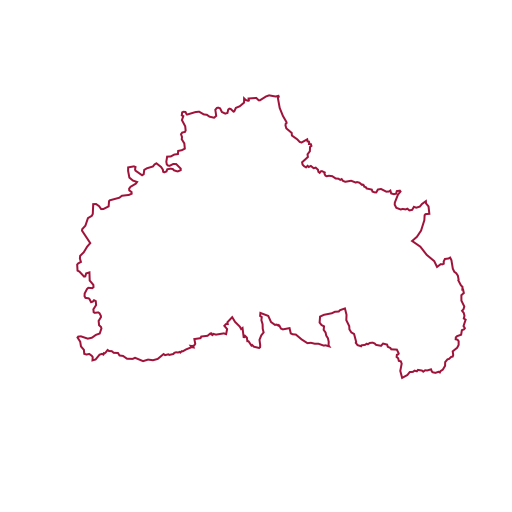 Totatiche, Jalisco, Mexico, rotated 256°
{"feature_id": "50627088B28012319931887", "entity_name": "Totatiche", "entity_type": "district", "adm_level": 2, "iso_a3": "MEX", "parent_name": "Mexico", "parent_adm1": "Jalisco", "projection": "orthographic", "projection_center": [-103.496, 21.965], "detail": "fine", "context": "isolated", "style": "outline", "palette": "rose", "viewbox_px": 512, "rotation_deg": 256, "n_neighbors": 0, "source": "geoboundaries", "source_scale": "gbopen_adm2", "svg_char_len": 6088}
<svg xmlns="http://www.w3.org/2000/svg" viewBox="0 0 512 512"><g transform="rotate(256 256 256)"><path d="M290.9,80.4L285.0,79.3L283.6,80.9L277.6,84.2L277.5,85.4L280.2,87.0L280.4,90.4L272.4,88.7L267.4,91.2L265.1,90.8L264.4,89.4L265.7,85.6L265.0,84.2L261.1,80.7L258.5,79.9L256.6,80.4L255.4,83.4L254.5,84.0L251.1,84.8L251.2,86.6L252.3,88.1L251.0,89.6L247.1,89.0L243.6,85.3L240.7,84.9L239.9,85.7L239.4,89.3L238.3,90.3L235.5,91.0L234.2,90.8L231.1,87.6L226.8,87.0L224.7,88.4L223.1,88.5L218.6,85.6L218.2,81.6L216.4,77.0L216.5,72.8L220.4,66.7L220.8,64.0L220.1,63.1L215.4,64.7L210.6,64.3L206.6,66.3L202.6,65.7L201.4,67.7L201.3,70.5L198.9,72.5L197.4,73.1L194.3,72.1L194.4,75.3L198.1,80.3L198.3,82.9L197.3,84.0L198.5,84.9L198.1,85.4L198.7,86.7L200.7,89.3L199.3,90.4L198.6,93.0L196.5,94.5L195.3,98.6L192.5,99.5L191.2,102.8L187.5,106.0L186.0,111.5L186.5,114.0L181.3,121.0L181.6,126.2L179.8,130.8L179.9,135.7L183.2,142.6L181.8,143.8L181.8,147.2L181.0,147.9L180.9,152.2L181.8,153.3L181.9,155.2L181.2,157.0L181.4,158.7L180.6,159.2L181.6,160.9L181.2,161.8L182.3,165.7L183.1,171.5L182.4,173.3L183.6,173.1L183.7,171.2L184.6,170.9L184.0,172.4L184.2,174.5L185.5,175.8L190.3,176.1L189.7,182.3L191.1,183.4L190.3,189.7L191.9,193.0L191.8,193.8L190.7,193.7L189.8,194.7L190.8,195.7L189.4,198.1L188.7,206.1L187.4,208.1L192.1,210.3L195.9,208.4L197.2,210.3L196.8,212.1L198.6,212.2L202.4,218.1L197.2,219.7L191.4,223.2L188.7,223.9L189.4,225.5L180.3,224.4L180.0,225.2L181.1,226.1L179.0,227.4L175.4,227.0L175.1,228.1L170.2,229.9L170.6,230.7L168.5,232.0L166.0,236.8L166.5,237.9L168.5,238.5L173.8,239.1L177.7,241.9L180.0,244.9L183.7,244.9L188.3,245.9L192.4,245.7L195.4,246.8L196.8,245.5L199.7,246.5L194.9,253.4L188.3,254.6L184.5,257.8L184.6,259.0L182.9,261.0L183.5,261.2L183.0,261.8L179.6,262.6L178.3,264.3L177.9,271.1L172.5,271.0L171.2,272.6L170.1,275.7L164.0,280.1L159.0,284.8L158.5,288.3L156.7,291.7L155.8,295.3L152.7,300.0L152.5,301.9L150.6,305.2L151.8,304.8L155.2,305.8L158.8,305.9L161.8,304.9L164.9,305.0L168.0,303.8L171.3,305.0L173.1,302.9L176.0,301.6L181.7,303.5L182.5,307.6L182.1,315.8L182.8,319.0L182.1,322.9L183.1,324.4L183.6,329.6L177.0,329.6L171.9,328.1L165.4,329.5L162.2,328.9L158.8,330.0L156.6,332.3L148.3,332.4L147.6,331.8L144.9,333.0L143.0,336.2L143.8,336.8L143.4,340.3L144.1,342.2L143.3,343.2L144.1,345.4L143.7,348.2L142.4,350.0L140.7,351.0L138.6,355.6L140.3,358.1L138.3,361.8L136.0,361.9L134.3,364.1L132.7,364.7L131.1,370.0L127.0,370.9L126.2,370.3L126.1,368.8L124.0,368.0L122.4,369.2L119.7,369.2L118.8,371.0L116.3,371.3L109.6,368.2L102.4,368.3L103.9,374.1L106.2,377.1L105.6,380.2L106.4,382.1L105.2,384.2L106.3,385.6L104.7,389.3L103.3,390.3L104.2,392.5L103.5,394.4L103.7,398.4L101.3,398.7L100.3,399.5L99.2,401.9L99.5,405.1L98.5,406.2L99.7,407.2L100.5,409.7L103.7,412.9L107.3,413.9L109.4,416.8L109.4,418.3L110.9,421.0L110.8,422.5L112.2,423.4L115.9,423.8L118.3,429.0L120.7,431.1L124.3,432.0L126.0,431.3L126.9,429.6L128.7,430.2L129.6,431.7L130.0,436.0L134.2,437.8L134.5,440.1L135.4,441.2L137.8,440.4L143.5,444.0L145.1,442.5L147.5,443.8L150.5,443.8L153.0,442.7L154.2,444.5L156.6,445.9L163.0,444.5L168.3,445.8L169.8,448.7L173.4,448.8L173.5,448.1L176.0,448.9L178.1,447.7L183.5,446.4L184.2,446.9L188.1,447.1L190.9,446.1L192.7,444.6L196.0,443.9L204.7,444.6L207.5,444.0L207.0,442.2L207.4,438.6L205.3,436.8L203.1,436.3L202.8,434.8L203.4,433.3L201.6,429.0L207.9,427.7L215.8,421.9L225.3,417.7L232.8,411.1L235.7,416.8L240.7,422.3L250.0,428.0L254.8,429.5L255.6,430.6L255.0,434.4L262.4,435.4L265.9,433.7L268.1,434.1L266.3,429.6L264.3,426.9L264.1,423.2L265.5,421.1L263.0,418.7L263.1,415.9L265.3,414.3L265.0,412.5L266.2,409.6L266.1,407.7L268.8,403.8L272.2,403.0L274.2,403.6L281.2,408.6L283.6,411.8L284.6,411.4L284.9,408.3L282.6,407.1L282.6,404.8L284.0,402.3L287.0,402.2L286.4,400.5L286.9,398.0L290.8,393.5L291.0,390.3L288.6,388.1L289.0,386.6L290.3,384.6L292.4,384.4L294.8,379.6L296.1,379.3L297.1,377.8L298.5,377.7L299.5,376.9L299.3,376.1L302.1,374.1L303.3,371.9L303.1,370.6L306.0,366.5L306.4,360.6L307.8,358.6L309.9,357.7L309.5,356.2L311.1,354.6L311.9,352.1L315.0,349.3L316.2,346.2L316.3,343.8L317.2,342.8L319.3,342.3L320.4,342.9L322.4,340.5L322.5,339.5L321.3,337.9L322.6,336.9L324.7,337.0L327.3,335.3L327.2,333.2L330.1,331.0L329.6,328.7L331.0,327.9L329.9,326.0L331.6,324.3L333.4,323.3L335.8,323.4L339.5,330.3L342.2,330.6L344.6,333.6L348.7,334.8L349.4,336.4L351.2,336.3L351.8,334.5L353.4,335.1L354.2,335.0L354.7,333.7L356.8,333.9L355.1,327.6L356.1,326.0L359.3,324.2L364.2,320.0L366.8,320.4L372.5,316.3L375.6,316.2L377.1,316.8L377.7,317.9L378.8,317.9L385.4,316.0L393.9,314.8L404.6,315.5L405.0,316.6L406.0,316.5L406.0,313.6L408.7,307.6L408.4,304.4L406.1,297.4L406.4,296.3L409.3,294.5L410.6,286.9L408.6,286.7L408.5,285.9L409.8,283.8L411.8,282.6L407.7,281.5L405.2,276.4L404.6,272.3L401.6,269.9L401.5,269.1L404.8,267.0L405.4,265.8L404.8,264.5L401.7,262.9L401.6,260.6L404.0,257.7L407.9,256.9L409.1,255.2L409.1,253.8L407.7,251.9L401.6,251.3L400.3,248.8L402.5,244.5L404.9,242.5L406.0,239.6L409.8,235.7L410.3,232.1L409.9,223.6L410.1,223.0L412.8,222.4L413.5,220.4L413.2,219.1L410.4,218.0L409.3,219.3L405.8,217.0L399.0,218.7L394.8,218.1L393.6,217.1L393.6,214.2L392.3,212.7L389.4,213.0L387.2,212.2L382.6,213.7L377.4,212.9L376.6,209.6L376.8,205.9L373.8,204.9L374.2,201.2L373.2,197.4L373.9,193.8L369.2,191.8L366.5,191.6L365.1,192.4L364.4,193.9L365.3,198.0L364.5,200.8L359.0,204.1L357.5,203.7L357.0,200.6L357.4,199.7L359.0,197.1L360.5,196.3L361.4,194.3L361.6,190.9L359.7,189.6L359.4,187.2L360.2,186.3L362.4,186.5L365.4,185.4L370.0,181.8L369.4,179.7L367.8,177.7L367.5,171.4L366.6,168.4L362.5,166.8L361.9,165.0L368.0,159.7L369.3,159.6L371.5,160.6L372.5,159.2L372.9,153.4L369.6,152.5L362.7,152.1L359.0,154.8L356.6,158.5L355.3,157.0L353.5,151.0L352.0,149.2L350.3,148.9L348.2,150.7L346.5,150.4L346.0,147.4L346.9,140.5L345.6,137.5L345.4,127.6L344.8,126.7L339.8,125.0L338.5,119.3L339.0,117.1L342.3,115.8L345.1,113.4L345.7,110.6L336.3,107.8L334.7,106.4L333.4,102.1L326.7,97.8L324.1,93.9L322.7,93.3L308.6,98.3L305.9,94.4L301.3,89.8L298.7,85.4L296.1,84.5L292.6,84.7L291.8,81.6L290.9,80.4Z" fill="none" stroke="#9f1239" stroke-width="2"/></g></svg>